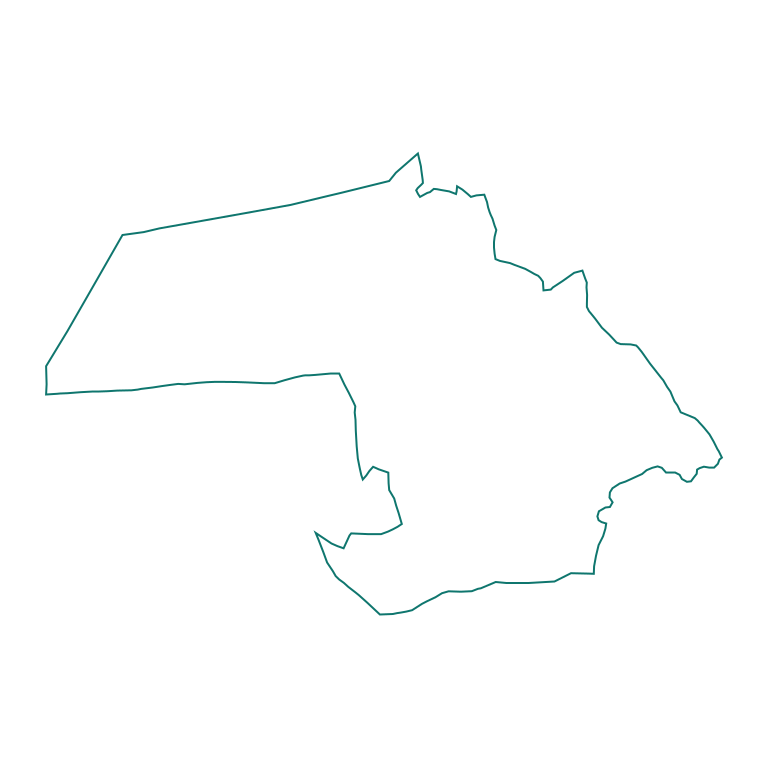 Sinjar, Ninawa, Iraq (Albers equal-area conic projection)
{"feature_id": "34846034B46284853096134", "entity_name": "Sinjar", "entity_type": "district", "adm_level": 2, "iso_a3": "IRQ", "parent_name": "Iraq", "parent_adm1": "Ninawa", "projection": "albers", "projection_center": [41.933, 36.336], "detail": "fine", "context": "isolated", "style": "outline", "palette": "teal", "viewbox_px": 768, "rotation_deg": 0, "n_neighbors": 0, "source": "geoboundaries", "source_scale": "gbopen_adm2", "svg_char_len": 3115}
<svg xmlns="http://www.w3.org/2000/svg" viewBox="0 0 768 768"><path d="M593.8,573.8L594.1,566.3L596.0,555.9L598.6,545.1L603.1,536.2L605.4,528.6L606.2,523.5L601.6,522.1L598.6,520.2L597.4,516.4L598.9,511.3L605.4,507.5L609.9,507.0L612.6,502.3L609.5,497.6L609.9,492.4L612.5,488.2L619.7,483.5L625.4,481.6L630.7,479.2L637.9,475.9L642.1,474.0L646.6,470.2L652.3,467.8L657.6,466.4L661.8,467.8L666.0,472.5L670.9,472.5L675.1,472.5L679.6,474.8L681.9,479.0L686.9,481.8L691.0,481.3L693.7,477.6L696.7,473.8L697.1,469.6L699.7,468.1L703.9,466.7L709.2,467.6L714.1,467.6L717.9,463.8L719.4,459.6L721.9,457.6L718.7,451.1L717.5,449.3L713.7,441.7L709.5,434.4L704.2,427.9L701.9,425.3L699.2,422.4L697.7,420.6L694.8,418.1L680.7,412.3L677.4,405.4L674.5,401.4L670.4,391.6L667.1,386.9L663.3,380.3L661.2,377.8L650.0,363.6L641.8,352.0L638.0,347.3L636.2,345.5L630.6,344.4L620.7,344.1L616.6,342.6L609.2,334.6L601.9,327.7L595.1,318.6L590.3,312.7L590.0,312.4L588.9,311.0L586.9,307.0L586.9,303.7L587.1,295.0L586.5,287.4L586.8,282.6L585.1,278.3L582.4,270.6L579.5,271.4L574.2,272.8L562.8,280.9L552.9,287.4L550.8,289.6L543.5,290.4L542.9,281.6L540.3,278.0L538.2,275.8L534.4,274.0L530.6,271.8L525.3,268.9L514.5,264.9L510.1,263.1L499.9,260.9L495.5,259.1L494.6,253.6L494.0,247.5L494.0,242.0L494.6,236.9L496.3,230.0L494.6,225.6L492.5,218.7L490.8,215.1L489.6,212.1L488.1,207.4L487.0,202.0L485.5,198.0L484.3,194.7L476.4,195.4L470.9,196.9L467.7,194.0L462.4,189.6L457.1,186.3L456.6,191.4L456.0,194.0L449.2,191.4L441.1,190.0L437.0,189.2L433.8,188.9L430.0,192.1L427.3,192.9L420.0,196.9L418.0,193.9L416.2,190.3L417.7,188.1L421.5,184.5L422.9,183.0L422.7,180.1L421.2,169.2L420.9,166.3L417.9,153.5L395.9,172.7L389.2,181.0L340.9,192.9L328.2,195.9L290.7,204.9L246.0,213.0L192.1,222.6L159.4,228.4L143.7,232.1L122.5,235.0L92.0,288.3L83.4,303.3L67.5,331.0L46.1,366.2L46.6,384.3L46.1,394.5L57.0,393.8L60.2,393.5L67.6,393.2L80.5,392.2L93.1,391.5L99.3,391.5L107.8,391.2L117.2,390.6L131.5,390.3L137.7,389.6L141.2,388.9L152.7,387.5L161.8,386.1L169.7,385.0L178.2,383.9L184.6,384.3L197.5,382.9L206.6,382.2L214.0,381.9L225.1,381.9L235.4,382.0L246.8,382.4L264.1,383.2L274.7,383.2L284.3,380.3L294.9,377.4L303.1,375.6L305.5,375.3L309.6,375.3L315.4,374.9L331.0,373.5L339.2,373.5L344.4,384.5L348.8,392.8L353.5,402.3L355.3,406.3L354.7,412.5L355.5,419.8L355.8,430.7L356.7,446.4L357.8,458.4L359.3,466.0L359.9,468.9L361.3,475.1L362.8,479.5L366.3,475.5L369.3,471.1L373.1,466.8L376.3,468.2L378.7,469.3L388.3,472.6L388.6,483.2L389.2,490.1L394.2,498.5L396.2,505.7L398.6,513.0L401.8,524.0L397.4,526.9L392.7,529.4L388.0,531.6L381.2,534.1L367.4,534.1L351.2,533.4L349.5,535.5L343.6,548.3L337.4,546.1L331.5,543.5L321.2,536.6L315.7,532.9L318.5,539.7L323.2,551.8L327.1,562.5L332.9,571.2L335.7,576.1L339.2,579.5L343.9,582.9L348.2,586.8L355.7,592.6L358.8,595.1L367.4,602.8L375.2,610.1L379.9,614.5L392.9,614.0L397.2,613.1L400.7,612.6L406.2,611.6L412.1,610.2L421.9,603.9L426.7,601.4L435.7,597.1L442.0,593.2L448.6,591.3L460.8,591.7L471.8,591.2L478.0,588.8L480.8,588.3L495.7,582.0L506.3,583.0L528.6,583.0L554.5,581.5L571.0,573.2L588.6,573.6L593.8,573.8Z" fill="none" stroke="#0f766e" stroke-width="2"/></svg>